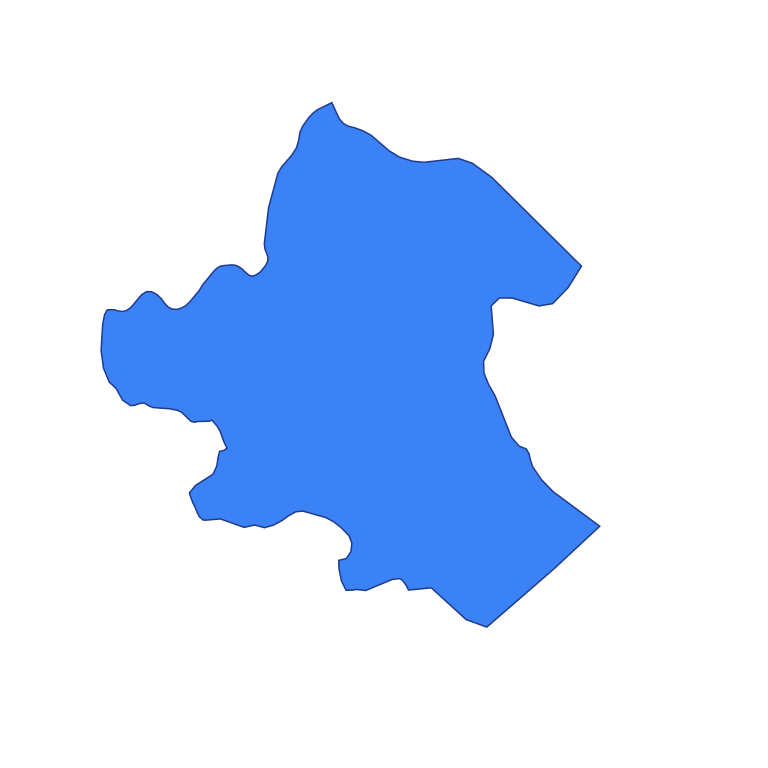 an SVG outline of Đắk Nông, rotated 139°
{"feature_id": "VNM-4835", "entity_name": "Đắk Nông", "entity_type": "Province", "adm_level": 1, "iso_a3": "VNM", "parent_name": "Vietnam", "parent_adm1": "", "projection": "albers", "projection_center": [107.792, 12.232], "detail": "fine", "context": "isolated", "style": "filled", "palette": "blue", "viewbox_px": 768, "rotation_deg": 139, "n_neighbors": 0, "source": "natural_earth", "source_scale": "10m", "svg_char_len": 2139}
<svg xmlns="http://www.w3.org/2000/svg" viewBox="0 0 768 768"><g transform="rotate(139 384 384)"><path d="M240.5,373.3L251.9,372.6L268.9,349.6L281.0,341.2L294.0,335.8L301.4,326.6L305.4,314.9L307.9,302.3L322.7,260.4L322.8,248.4L322.7,248.3L319.2,241.7L320.3,236.1L323.4,230.5L326.1,224.0L327.9,208.4L327.0,191.7L314.5,135.1L377.4,133.0L465.9,133.1L476.6,152.3L482.0,199.1L500.7,212.4L499.4,217.1L498.9,223.8L500.0,227.0L506.2,231.2L533.2,240.1L539.7,247.1L542.5,248.7L548.0,253.2L545.3,263.4L539.1,274.2L533.9,280.6L527.0,277.1L519.1,279.1L512.6,285.0L509.9,292.7L510.6,303.8L512.4,313.1L515.6,321.5L528.6,341.3L534.5,345.5L542.6,347.2L550.2,347.8L560.0,350.0L568.4,353.9L574.2,362.5L583.6,367.5L587.1,373.8L596.0,389.5L607.6,398.0L609.8,400.0L610.4,405.5L609.0,410.5L607.3,415.2L606.3,419.5L604.2,425.2L602.4,429.5L592.8,431.1L572.2,428.1L564.0,431.8L557.5,437.4L552.3,441.0L547.9,438.7L544.5,438.7L543.0,444.6L538.6,456.3L537.6,461.6L537.5,468.6L538.0,470.0L539.9,470.3L544.5,474.0L549.2,477.9L552.3,479.6L554.2,482.5L555.3,495.5L556.9,499.2L561.7,505.6L573.7,517.7L575.7,521.5L577.5,527.1L581.6,529.8L586.2,531.5L589.4,533.9L591.9,543.1L589.1,556.6L590.1,565.6L585.3,580.0L575.5,594.9L557.6,613.2L549.6,619.5L544.3,621.6L541.7,619.6L538.7,616.8L536.8,613.8L534.3,610.7L530.6,608.5L525.1,607.8L508.4,610.4L502.5,609.5L498.9,606.1L496.7,600.7L496.1,594.2L496.6,588.6L496.4,583.6L494.7,579.6L491.7,576.4L487.4,574.3L482.2,573.2L477.1,573.4L462.5,575.7L454.9,578.0L437.7,580.9L434.1,581.0L430.5,580.4L427.1,578.4L420.8,573.8L419.2,572.2L417.7,570.2L416.5,567.5L415.8,564.3L414.9,556.7L414.2,554.1L412.5,551.6L408.8,550.2L403.7,549.7L395.5,551.1L391.0,553.1L388.2,556.1L385.4,563.7L382.3,568.4L355.3,592.9L325.8,612.7L318.9,615.0L303.5,617.2L295.0,619.7L288.7,623.8L282.0,629.3L276.4,631.9L265.5,634.5L259.3,635.0L254.0,634.6L238.8,630.6L243.8,613.4L243.7,607.2L241.9,602.1L237.7,596.0L233.7,588.7L230.5,579.9L227.1,556.4L223.5,545.1L216.3,533.5L208.4,525.1L180.0,505.6L172.5,492.7L167.1,469.5L158.1,349.0L157.6,343.4L181.9,335.9L204.0,334.0L215.8,341.2L230.8,364.7L240.5,373.3Z" fill="#3b82f6" stroke="#1e3a8a" stroke-width="1.5"/></g></svg>